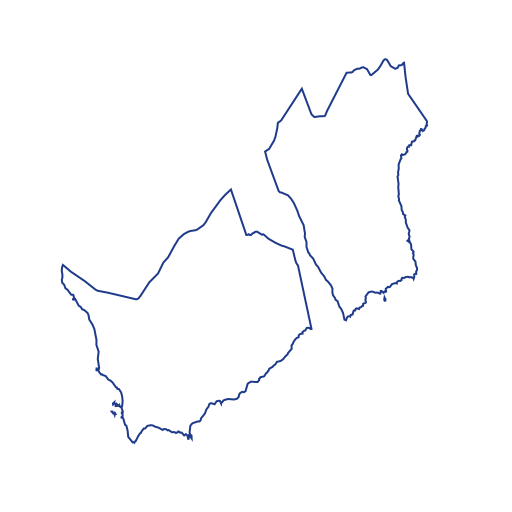 outline of Skagabyggð, Norðurland vestra, Iceland, rotated 258°
{"feature_id": "244011B21592329160761", "entity_name": "Skagabyggð", "entity_type": "district", "adm_level": 2, "iso_a3": "ISL", "parent_name": "Iceland", "parent_adm1": "Norðurland vestra", "projection": "natural_earth1", "projection_center": [-20.226, 65.901], "detail": "fine", "context": "isolated", "style": "outline", "palette": "blue", "viewbox_px": 512, "rotation_deg": 258, "n_neighbors": 0, "source": "geoboundaries", "source_scale": "gbopen_adm2", "svg_char_len": 6041}
<svg xmlns="http://www.w3.org/2000/svg" viewBox="0 0 512 512"><g transform="rotate(258 256 256)"><path d="M287.4,65.3L285.2,63.9L281.8,62.9L278.4,62.8L275.3,62.2L273.1,61.1L270.1,60.9L267.7,62.4L264.0,62.9L262.2,64.6L257.5,66.7L256.5,67.3L256.2,68.9L255.6,69.3L252.6,69.3L252.2,68.3L251.5,68.0L251.1,69.0L251.5,70.2L244.2,72.3L242.7,73.9L239.8,75.0L239.7,75.6L238.4,77.1L235.3,79.4L233.0,79.9L228.6,79.7L222.8,81.8L218.2,82.7L207.0,82.5L202.3,81.4L195.1,82.2L188.2,79.8L179.2,79.3L176.9,78.1L175.1,78.4L172.3,79.8L172.3,80.8L171.5,81.3L169.8,84.0L165.8,85.9L164.0,88.1L161.7,89.6L156.7,91.7L156.4,92.5L154.8,92.8L154.3,94.3L150.6,95.7L146.6,95.9L142.0,95.4L137.4,94.0L136.3,93.4L136.4,92.9L136.1,92.8L131.7,93.4L130.0,92.8L130.5,92.1L130.2,92.0L129.1,92.5L127.1,92.3L126.3,90.9L125.9,90.9L125.7,91.8L124.7,92.4L118.2,92.8L117.0,93.9L111.7,94.1L105.7,93.4L99.3,96.6L99.2,97.9L98.8,98.2L99.7,98.6L99.8,99.7L104.6,103.6L106.6,105.7L106.8,106.5L108.3,107.7L110.6,110.3L110.3,111.3L110.5,111.9L112.4,114.4L112.4,117.9L111.6,120.0L109.8,122.1L108.5,124.8L105.3,128.5L105.9,130.2L105.2,132.1L103.8,133.3L103.9,134.3L101.0,137.3L100.8,139.5L99.5,140.9L99.8,141.6L99.7,142.5L100.5,143.4L100.5,143.8L98.9,145.1L99.1,145.6L98.6,146.7L95.4,148.4L96.3,150.4L94.6,151.5L90.4,151.7L92.4,152.5L94.2,152.6L95.0,153.4L90.9,155.1L93.8,155.6L95.3,154.4L97.5,154.4L103.6,156.5L104.9,157.9L105.7,159.6L106.3,164.9L105.9,166.0L106.6,167.5L108.6,168.5L112.5,173.2L116.4,175.7L118.4,178.1L121.0,179.7L121.4,181.5L119.6,184.7L122.1,187.3L122.1,189.8L121.7,190.6L118.9,191.2L120.1,191.7L120.1,192.7L121.4,193.9L121.8,195.7L121.9,199.0L120.2,204.7L120.3,207.6L121.6,209.6L124.4,211.0L125.4,212.3L126.0,214.4L125.3,215.7L125.9,217.6L132.6,221.2L133.2,222.0L134.1,225.0L132.4,231.1L132.6,231.7L134.1,233.4L135.3,233.5L135.7,234.5L136.6,235.2L136.5,238.3L136.8,239.2L139.3,241.5L139.7,242.8L140.9,243.6L141.2,244.4L142.9,245.5L143.9,248.2L143.9,248.9L145.0,250.2L145.9,252.3L148.1,254.4L148.2,258.3L149.5,261.2L151.7,263.8L153.2,266.4L154.3,267.0L157.8,271.6L161.2,272.2L162.6,273.9L164.0,274.7L166.5,277.3L167.4,278.9L167.7,280.8L169.4,281.3L170.2,282.1L170.6,284.2L170.4,285.4L171.9,285.6L172.8,287.4L172.9,288.7L175.1,290.6L174.8,292.8L173.1,294.4L173.1,295.1L238.0,295.1L240.5,294.0L243.4,293.6L254.5,293.3L259.5,285.8L260.8,283.2L264.7,278.0L270.2,271.9L274.9,268.4L275.8,267.4L275.6,266.2L279.6,262.1L279.8,259.9L279.0,258.8L279.0,257.7L277.6,255.3L277.7,254.5L278.8,253.4L278.4,252.6L278.6,250.9L326.3,245.3L321.9,238.1L318.1,232.9L307.3,220.8L299.4,213.7L297.1,211.0L294.1,204.0L293.8,201.8L294.1,197.1L293.7,194.2L292.4,190.0L289.1,184.1L282.4,177.8L272.9,169.7L268.8,164.0L259.3,156.6L252.4,146.1L241.1,134.8L239.1,132.4L238.5,130.8L238.6,129.6L250.9,103.5L254.9,93.9L256.5,92.0L266.9,83.4L279.1,71.7L287.4,65.3ZM347.5,287.0L314.7,291.7L313.3,292.7L312.6,294.4L308.6,300.0L304.5,302.3L300.1,304.0L291.9,305.8L286.1,306.5L276.2,309.0L267.8,308.6L264.5,307.6L259.2,308.3L254.3,307.3L248.5,307.9L247.6,308.6L245.6,308.9L241.6,311.4L235.2,312.9L232.3,314.5L226.3,316.2L221.8,318.5L218.0,319.5L216.3,320.9L211.6,323.3L208.0,324.0L204.5,323.1L201.6,323.2L198.5,324.5L196.7,324.7L194.8,326.4L189.1,327.0L186.9,328.2L182.2,329.3L175.3,329.3L174.4,330.7L176.9,332.2L177.7,333.3L177.7,335.2L177.2,335.6L178.7,336.5L178.7,338.3L182.0,340.0L182.0,340.7L182.4,340.9L182.2,341.8L183.6,342.6L183.9,343.5L182.7,345.7L184.0,346.5L184.0,347.9L184.8,348.9L184.9,350.2L187.0,350.9L187.4,353.5L188.1,354.0L190.1,353.8L192.1,354.7L193.7,354.7L197.1,358.6L197.2,361.4L196.9,362.6L195.3,365.1L195.0,367.2L193.3,369.5L193.4,369.9L195.8,370.7L195.7,371.6L193.4,373.1L194.6,374.5L194.7,374.9L194.0,375.4L194.1,375.9L196.8,376.0L197.7,377.4L198.4,378.7L197.8,379.6L197.8,380.4L200.3,383.3L200.5,387.3L199.9,388.0L201.0,388.4L201.6,389.1L202.0,390.4L201.6,392.3L202.1,392.7L202.3,393.4L203.5,393.7L204.3,394.6L203.6,396.1L204.3,398.1L204.0,400.7L203.2,401.5L203.2,402.7L202.7,404.2L202.1,404.5L201.9,405.4L201.0,405.5L202.7,406.5L205.1,406.9L205.5,407.9L205.2,409.0L207.6,409.5L209.0,410.7L210.9,411.0L213.9,410.4L217.4,410.8L220.5,409.3L222.4,409.6L224.3,410.5L226.2,410.1L226.7,410.8L227.7,411.0L230.2,409.4L235.3,410.1L236.7,409.6L239.4,407.3L239.9,408.2L239.3,409.2L240.9,409.1L242.8,410.2L246.1,410.0L248.4,411.2L249.5,411.4L252.2,410.2L257.5,409.5L260.4,410.1L263.2,409.6L264.6,410.5L266.4,408.6L268.0,408.8L271.0,408.1L274.5,408.6L280.7,407.3L282.1,407.8L284.9,407.6L286.4,408.5L294.1,409.5L296.7,410.4L304.3,411.0L305.7,412.1L308.3,412.3L311.5,413.7L316.0,414.6L320.6,417.6L321.2,418.5L324.2,418.7L325.1,419.8L324.3,420.4L324.4,422.6L325.2,424.0L326.5,424.9L326.5,425.7L327.8,426.1L328.9,425.7L330.8,426.5L331.4,427.6L331.1,428.4L332.5,429.0L332.1,430.8L335.4,432.3L335.4,434.5L336.0,435.0L336.0,435.7L339.9,438.1L339.2,438.9L340.1,439.5L339.6,440.7L340.5,441.5L341.9,441.2L344.4,442.3L344.8,443.3L345.9,443.8L345.6,444.4L343.6,445.0L344.2,446.8L345.3,447.3L346.3,448.6L347.8,449.1L348.2,449.8L348.1,450.4L349.7,450.4L351.3,451.1L352.7,451.1L383.0,438.5L400.0,439.5L414.3,441.0L414.2,440.4L412.4,438.2L412.7,435.3L410.7,433.7L410.2,431.1L413.6,427.3L419.9,425.2L420.8,424.7L421.6,423.5L421.6,422.9L420.7,421.3L416.2,417.4L413.1,414.1L409.1,406.7L409.1,405.9L409.5,405.4L415.6,403.5L418.3,400.3L418.4,399.0L417.7,396.0L418.1,394.5L417.9,392.9L417.2,390.4L416.0,388.8L415.7,387.8L416.4,382.7L383.3,355.8L378.9,352.8L378.6,351.8L379.4,347.4L379.8,341.9L383.1,339.7L410.1,335.6L383.3,308.7L381.7,305.1L376.4,303.3L368.6,299.8L365.2,297.7L358.0,291.1L356.3,286.6L347.5,287.0ZM138.2,90.6L140.8,88.5L140.7,88.1L138.4,87.5L138.2,88.6L138.4,89.2L137.9,90.3L138.2,90.6ZM186.7,373.7L187.1,373.4L188.6,373.1L186.5,372.3L185.5,372.5L185.5,373.3L186.7,373.7ZM177.8,77.0L180.0,76.9L176.7,76.0L177.8,77.0ZM131.1,83.9L133.7,83.2L133.8,82.5L131.1,83.9ZM142.3,86.8L141.5,85.4L140.4,85.4L140.8,86.1L142.3,86.8ZM130.7,85.7L131.8,85.3L131.4,85.0L131.5,84.5L130.1,84.7L130.8,85.0L130.7,85.7ZM137.0,91.6L137.6,91.5L138.2,91.4L137.6,91.0L137.0,91.6Z" fill="none" stroke="#1e3a8a" stroke-width="2"/></g></svg>